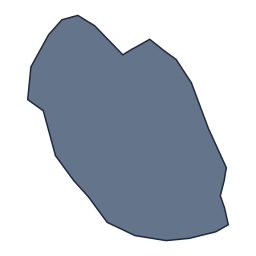 the district of O'lziit, Arhangay, Mongolia
{"feature_id": "93677404B45514860286608", "entity_name": "O'lziit", "entity_type": "district", "adm_level": 2, "iso_a3": "MNG", "parent_name": "Mongolia", "parent_adm1": "Arhangay", "projection": "albers", "projection_center": [102.546, 48.095], "detail": "fine", "context": "isolated", "style": "filled", "palette": "slate", "viewbox_px": 256, "rotation_deg": 0, "n_neighbors": 0, "source": "geoboundaries", "source_scale": "gbopen_adm2", "svg_char_len": 560}
<svg xmlns="http://www.w3.org/2000/svg" viewBox="0 0 256 256"><path d="M107.2,222.4L135.0,235.6L166.2,240.6L188.8,238.4L189.0,238.4L215.8,231.8L228.3,224.7L224.4,207.4L220.3,195.8L224.2,180.5L225.6,171.7L226.4,167.9L210.8,133.7L208.4,128.5L207.4,125.8L195.6,94.2L191.4,82.9L176.2,59.6L164.5,51.0L163.7,50.4L149.7,39.3L132.6,48.9L132.4,48.9L122.8,54.8L94.7,25.8L77.8,15.4L62.0,19.7L48.7,34.6L30.9,66.9L27.7,99.6L43.3,110.8L55.5,155.7L65.4,169.2L73.9,180.8L74.6,181.5L88.2,196.6L88.4,196.8L107.2,222.4Z" fill="#64748b" stroke="#1e293b" stroke-width="1.5"/></svg>